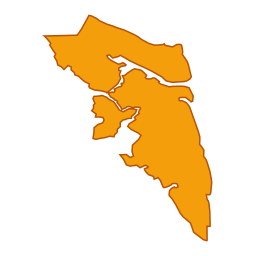 Sitka, Alaska, United States of America (Natural Earth projection)
{"feature_id": "52423323B81884314913913", "entity_name": "Sitka", "entity_type": "district", "adm_level": 2, "iso_a3": "USA", "parent_name": "United States of America", "parent_adm1": "Alaska", "projection": "natural_earth1", "projection_center": [-135.379, 57.084], "detail": "fine", "context": "isolated", "style": "filled", "palette": "amber", "viewbox_px": 256, "rotation_deg": 0, "n_neighbors": 0, "source": "geoboundaries", "source_scale": "gbopen_adm2", "svg_char_len": 3812}
<svg xmlns="http://www.w3.org/2000/svg" viewBox="0 0 256 256"><path d="M210.1,226.3L210.1,222.3L209.8,211.2L208.9,203.0L208.0,200.5L207.6,200.2L207.1,199.1L206.6,196.6L206.4,194.5L209.4,194.8L210.0,194.5L210.7,192.9L211.7,182.6L211.3,179.1L209.9,171.4L207.0,162.0L206.0,159.5L203.6,156.3L203.9,150.2L201.6,146.7L199.6,144.3L199.8,141.9L199.8,136.8L198.1,130.9L189.8,107.5L188.6,105.5L186.2,102.6L182.1,100.7L179.8,100.8L179.2,100.4L179.0,100.0L179.1,98.3L179.4,97.7L182.2,97.4L185.7,97.5L190.4,101.1L191.0,101.9L192.6,101.2L193.2,96.0L189.0,87.7L184.8,86.5L181.7,86.2L172.2,86.4L170.9,86.7L168.5,86.6L160.8,84.1L159.5,83.3L158.7,82.3L159.3,81.5L154.8,78.0L153.0,77.9L151.2,78.7L149.4,79.0L146.3,78.7L145.3,77.3L146.6,75.6L146.6,75.3L143.9,72.6L141.6,70.5L140.8,70.1L134.8,68.8L132.5,69.7L127.9,72.8L124.6,75.5L122.4,75.6L124.0,79.0L123.8,82.8L123.3,83.2L121.7,83.2L121.5,83.4L121.1,83.7L121.1,84.0L121.3,84.3L121.6,84.2L121.8,84.4L121.9,85.6L120.3,86.8L118.9,86.9L117.1,87.7L115.1,89.0L114.3,89.0L114.3,89.6L115.0,90.4L114.9,90.9L114.6,91.4L113.8,92.4L111.9,92.1L109.2,92.9L108.5,93.4L108.4,94.1L109.5,95.0L110.4,96.7L113.9,98.7L114.0,99.3L114.5,99.8L117.4,101.1L117.5,101.9L117.1,102.3L117.3,102.9L120.5,106.7L121.2,108.0L121.2,108.3L122.0,109.4L126.0,107.7L126.8,106.8L129.2,106.5L129.9,106.6L131.9,107.5L133.8,107.6L135.2,107.1L136.0,107.1L139.8,107.4L140.5,108.1L140.2,109.3L139.3,110.0L138.7,112.7L139.2,113.7L136.7,115.3L134.4,117.4L135.7,119.7L129.2,123.8L127.7,126.4L131.1,129.4L138.2,133.0L141.0,135.4L138.7,139.4L132.5,145.1L132.0,151.6L133.5,156.2L130.1,157.5L126.4,154.5L120.0,154.8L123.6,159.4L126.4,164.9L130.2,166.1L136.7,165.2L140.2,167.7L145.2,165.3L148.0,166.5L147.9,167.7L146.5,168.0L144.4,168.9L144.5,169.6L145.7,171.7L148.6,174.7L153.4,176.4L154.2,179.2L158.0,177.6L160.7,180.8L160.6,181.2L163.1,186.9L163.5,187.5L165.0,187.5L166.1,187.2L168.6,186.2L171.4,184.8L172.0,183.7L175.0,183.5L176.9,183.8L177.8,185.3L178.0,186.8L176.2,187.7L175.1,187.6L174.4,186.9L172.3,187.9L170.6,189.3L169.5,190.8L169.1,194.4L169.3,195.9L169.7,196.1L172.6,199.5L175.8,204.7L180.2,213.1L183.0,216.7L190.4,223.0L191.8,226.7L193.6,232.2L203.3,239.6L206.3,240.6L206.9,240.6L207.1,240.2L207.0,226.3L210.1,226.3ZM44.3,36.0L45.0,36.5L50.2,42.5L50.7,43.5L49.7,45.0L52.9,50.1L55.7,54.0L54.2,56.6L56.9,61.2L57.7,65.0L61.4,66.8L64.0,69.5L68.1,65.5L71.4,67.2L71.1,69.9L74.2,72.5L75.0,75.0L78.1,75.9L82.6,80.0L84.8,81.7L89.3,83.9L88.9,86.7L89.7,87.9L94.3,90.0L101.5,90.9L106.1,92.1L106.9,92.9L111.1,89.4L117.8,83.7L120.7,78.4L119.4,74.6L120.8,70.9L118.7,70.3L118.8,68.2L120.4,66.9L121.6,66.4L124.5,65.8L125.2,65.8L126.0,64.9L124.6,63.6L122.7,62.7L120.3,63.8L118.3,64.1L111.8,60.8L108.3,58.3L107.7,57.3L106.9,55.5L109.5,54.9L112.8,58.0L118.2,56.6L120.3,55.3L125.7,58.3L129.5,60.6L137.3,64.4L143.6,67.2L151.5,71.0L161.9,76.9L165.5,80.3L166.0,80.8L166.6,81.0L172.3,82.3L183.9,81.6L186.6,81.0L190.2,78.8L191.3,76.7L188.3,64.5L187.2,61.5L182.4,54.4L182.7,51.5L182.0,47.0L181.3,44.9L180.3,44.4L176.7,44.5L173.4,46.5L172.2,46.9L168.5,46.0L165.2,45.5L164.3,43.8L163.0,44.5L157.8,45.1L153.9,45.0L148.4,43.2L141.2,39.3L138.6,37.1L134.1,34.6L124.4,30.1L116.9,27.7L113.0,26.1L106.7,24.1L99.4,20.7L96.9,18.7L91.2,15.8L89.0,15.4L81.6,28.9L77.3,35.2L44.3,36.0ZM93.5,108.4L91.7,110.8L96.2,114.0L95.4,117.0L99.3,117.0L102.9,117.5L104.1,120.0L102.7,122.8L97.8,124.6L94.1,127.7L93.9,132.9L93.0,138.5L95.9,139.3L101.0,138.2L104.6,137.7L109.9,136.2L114.0,136.8L114.6,134.8L117.1,132.4L117.4,129.2L120.3,126.6L120.2,122.5L123.1,119.9L125.3,119.6L127.7,118.5L131.3,118.3L131.7,116.3L135.5,113.0L136.7,109.7L133.4,109.0L129.1,108.7L125.8,110.4L123.1,111.8L119.1,109.8L118.0,107.9L113.9,102.0L108.2,98.8L106.7,97.3L102.2,95.5L98.4,96.1L93.9,96.4L92.9,98.6L94.9,103.4L93.4,105.2L93.5,108.4Z" fill="#f59e0b" stroke="#b45309" stroke-width="1.5"/></svg>